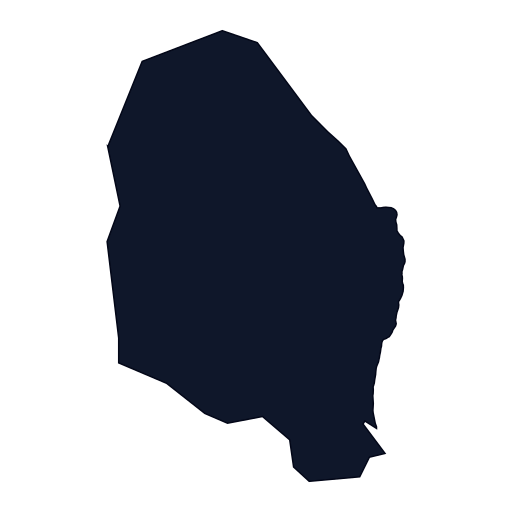 the district of Maban, Upper Nile, South Sudan
{"feature_id": "79223893B87220542132951", "entity_name": "Maban", "entity_type": "district", "adm_level": 2, "iso_a3": "SSD", "parent_name": "South Sudan", "parent_adm1": "Upper Nile", "projection": "natural_earth1", "projection_center": [33.834, 10.017], "detail": "fine", "context": "isolated", "style": "filled", "palette": "ink", "viewbox_px": 512, "rotation_deg": 0, "n_neighbors": 0, "source": "geoboundaries", "source_scale": "gbopen_adm2", "svg_char_len": 1675}
<svg xmlns="http://www.w3.org/2000/svg" viewBox="0 0 512 512"><path d="M376.5,428.4L376.5,426.8L375.2,423.2L373.1,412.6L372.9,410.4L373.3,403.6L373.1,400.6L372.8,395.6L373.1,393.9L373.3,389.9L373.1,386.8L373.6,385.4L374.3,383.0L374.7,379.7L375.6,374.6L375.8,371.6L376.2,368.1L376.7,366.2L378.5,361.8L378.9,359.7L379.4,357.6L379.7,355.3L380.4,352.1L380.9,348.3L381.5,346.1L381.6,344.2L381.8,342.6L382.4,340.9L383.0,340.1L383.5,339.3L384.8,339.0L386.5,338.3L387.7,337.4L389.2,336.7L390.9,334.2L391.7,332.9L392.2,332.0L392.8,330.1L393.7,328.7L395.5,326.1L396.2,323.8L395.5,320.1L396.0,317.9L396.2,315.8L396.9,312.4L397.8,309.8L398.5,307.6L398.8,304.9L398.5,302.9L398.6,301.4L399.4,300.3L400.5,298.4L401.9,295.4L403.1,291.3L403.4,287.7L403.3,285.1L402.7,283.7L402.2,281.5L402.4,278.5L402.3,276.6L401.8,274.7L402.0,273.4L401.9,271.7L402.6,269.3L403.4,265.5L404.5,263.4L405.0,261.7L405.0,259.2L403.7,254.6L403.3,251.2L403.0,247.6L403.4,245.5L403.8,243.3L403.9,240.9L402.1,237.0L400.1,235.4L398.2,233.0L396.9,230.7L396.9,228.9L396.7,224.8L395.9,222.1L395.6,219.4L396.4,217.2L397.0,214.8L396.6,212.3L395.5,210.4L393.6,208.8L391.1,207.7L388.7,207.5L385.8,207.2L383.4,207.4L380.8,207.9L378.5,207.9L377.0,207.9L376.4,206.4L375.2,205.0L374.5,203.7L372.1,198.7L366.5,187.9L364.7,183.9L349.2,155.9L345.9,148.8L338.8,141.8L327.6,131.7L311.4,115.4L272.5,63.1L257.3,42.7L248.8,39.8L222.3,30.7L142.2,61.4L107.8,146.6L107.7,146.5L120.1,206.1L107.1,241.6L118.7,338.1L118.7,362.9L166.6,383.3L204.8,413.4L227.5,423.2L262.5,416.5L289.7,439.8L293.6,467.0L309.2,481.3L359.7,476.8L369.4,457.2L385.0,453.4L363.0,424.0L364.9,421.0L376.5,428.4Z" fill="#0f172a" stroke="#020617" stroke-width="1.5"/></svg>